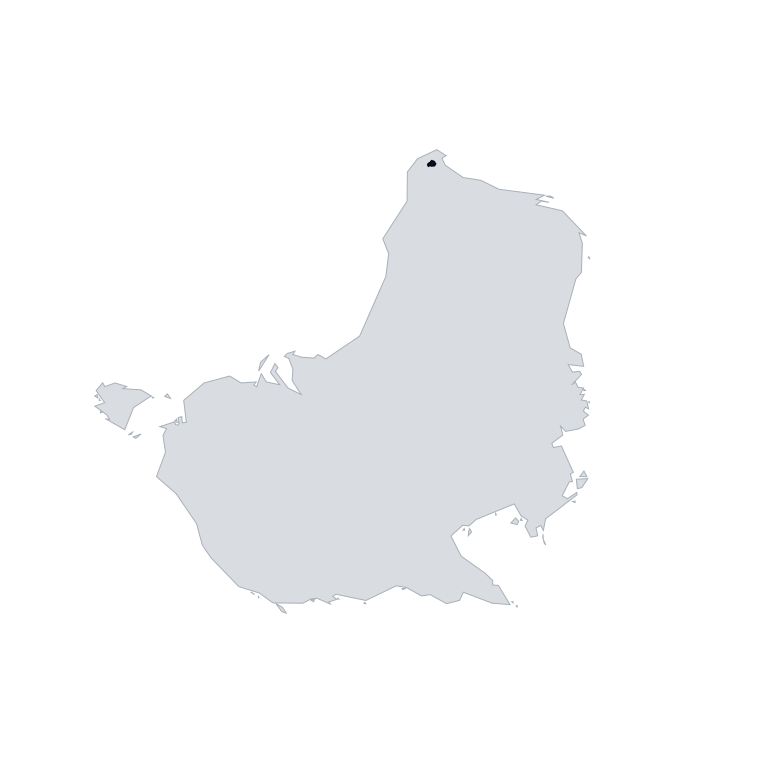 location of Bridgetown-Greenbushes, Western Australia, Australia, rotated 124°
{"feature_id": "25037944B12129239120455", "entity_name": "Bridgetown-Greenbushes", "entity_type": "district", "adm_level": 2, "iso_a3": "AUS", "parent_name": "Australia", "parent_adm1": "Western Australia", "projection": "mercator", "projection_center": [116.17, -33.991], "detail": "fine", "context": "in_parent", "style": "filled", "palette": "ink", "viewbox_px": 768, "rotation_deg": 124, "n_neighbors": 0, "source": "geoboundaries", "source_scale": "gbopen_adm2", "svg_char_len": 5115}
<svg xmlns="http://www.w3.org/2000/svg" viewBox="0 0 768 768"><g transform="rotate(124 384 384)"><path d="M505.2,171.7L512.3,201.8L521.1,200.3L531.1,209.3L532.8,227.9L538.7,234.4L540.2,251.9L544.5,261.0L573.6,278.0L585.2,306.3L588.5,307.8L589.0,302.7L595.4,307.9L596.4,305.4L599.1,319.9L602.9,324.2L611.2,328.8L627.6,353.7L627.0,370.5L633.1,391.0L624.9,430.1L619.1,444.6L604.6,461.3L591.2,494.9L588.0,520.8L562.8,527.0L550.3,538.4L542.5,539.4L544.7,546.0L532.4,536.4L534.2,534.2L533.4,531.9L531.1,531.8L527.0,535.9L524.1,533.4L529.0,529.5L526.2,526.5L509.6,540.9L483.7,533.7L463.7,516.4L463.0,503.0L453.7,491.1L457.6,491.5L457.5,488.0L444.1,491.5L448.1,482.7L442.9,470.0L438.0,484.5L428.1,485.9L429.7,481.1L434.3,481.0L441.0,461.3L439.1,446.6L432.5,462.0L422.6,467.9L416.0,477.3L416.9,482.1L413.0,481.4L406.6,476.2L410.6,476.1L407.7,466.9L401.6,456.5L396.5,455.2L395.7,446.2L357.8,431.0L293.8,442.6L273.3,453.0L264.3,466.2L219.5,467.1L195.1,483.2L178.6,482.2L160.2,471.3L160.0,460.3L164.4,462.2L168.4,455.6L168.6,433.9L161.0,417.6L158.3,397.6L137.8,356.6L145.8,361.0L141.1,348.7L144.4,355.9L150.4,358.1L140.7,333.0L148.1,298.9L149.5,306.9L156.5,298.2L181.0,282.8L189.5,283.7L233.5,269.1L250.0,249.8L249.0,237.2L257.7,228.3L264.9,242.2L268.8,234.5L264.1,229.0L265.5,225.6L279.8,227.9L275.3,226.5L278.2,221.1L275.7,216.3L283.3,215.6L280.6,212.1L286.9,211.5L284.7,206.4L290.2,200.6L290.7,204.1L295.0,203.6L295.5,197.1L301.8,199.4L305.9,194.1L312.7,197.8L321.7,206.9L320.1,214.2L326.3,207.2L339.3,211.8L341.9,207.9L336.2,202.3L351.4,177.6L354.4,179.2L359.6,173.1L361.4,175.7L377.0,173.8L376.6,167.8L366.1,163.5L367.8,162.0L405.4,174.6L416.3,170.0L413.7,174.9L418.3,177.5L423.9,171.7L428.9,176.6L422.9,187.6L416.4,188.6L416.7,196.5L410.6,209.0L444.8,231.9L454.2,234.2L457.1,239.7L472.6,243.5L483.6,223.6L484.3,194.8L486.1,184.1L489.9,181.5L487.0,176.6L496.4,156.1L505.2,171.7ZM524.1,570.4L543.7,578.4L566.9,573.4L568.5,595.6L566.9,591.6L564.6,596.4L564.1,611.3L555.7,605.2L550.5,619.0L540.3,617.9L542.3,614.0L533.5,607.5L530.0,595.9L533.9,597.9L524.7,582.1L524.1,570.4ZM348.5,162.1L359.3,162.1L362.6,165.2L355.4,171.3L348.5,162.1ZM423.9,495.7L443.3,495.2L435.0,498.5L423.9,495.7ZM426.0,194.9L428.3,201.1L421.4,200.0L422.5,195.7L426.0,194.9ZM626.5,350.8L626.0,343.2L628.7,336.9L629.8,341.4L626.5,350.8ZM561.4,557.5L567.9,559.4L568.1,562.4L561.4,557.5ZM347.4,163.9L351.2,169.9L344.3,169.6L347.4,163.9ZM517.0,558.9L513.3,558.1L515.3,552.9L517.0,558.9ZM462.6,229.3L459.3,231.2L456.0,232.2L457.6,228.7L462.6,229.3ZM137.8,354.9L135.1,351.2L134.9,347.8L135.3,347.6L137.8,354.9ZM566.7,565.3L569.2,567.4L564.4,565.7L566.7,565.3ZM601.5,320.8L604.0,320.8L604.0,324.1L601.5,320.8ZM541.0,251.6L544.0,253.5L543.5,254.6L541.0,251.6ZM555.5,613.4L555.8,617.1L553.3,615.9L555.5,613.4ZM630.9,373.4L631.1,377.7L630.8,377.6L630.9,373.4ZM376.0,161.8L374.2,160.2L375.4,159.3L376.0,161.8ZM426.4,162.1L423.7,165.2L426.9,159.9L426.4,162.1ZM631.3,368.4L630.0,369.8L630.8,368.3L631.3,368.4ZM430.3,218.4L428.8,219.1L429.7,217.6L430.3,218.4ZM420.7,194.7L418.8,195.1L419.9,193.1L420.7,194.7ZM165.4,283.0L164.8,285.6L163.9,285.4L165.4,283.0ZM493.2,154.6L493.1,156.8L492.4,155.2L493.2,154.6ZM531.2,533.0L531.7,534.6L531.0,534.2L531.2,533.0ZM423.1,166.1L419.5,168.2L423.2,165.5L423.1,166.1ZM285.0,203.4L283.7,204.8L284.5,203.1L285.0,203.4ZM556.9,610.7L555.7,611.4L556.4,610.0L556.9,610.7ZM461.0,236.7L459.0,236.7L460.1,235.4L461.0,236.7ZM277.7,214.5L276.7,215.4L276.7,213.4L277.7,214.5ZM566.4,602.9L564.7,603.9L565.2,601.9L566.4,602.9ZM494.5,149.0L494.2,150.4L493.2,149.7L494.5,149.0ZM530.2,535.2L531.9,536.8L529.1,536.3L530.2,535.2ZM577.1,277.9L575.8,278.0L576.3,276.3L577.1,277.9ZM587.9,302.5L587.2,302.5L587.7,301.2L587.9,302.5ZM524.9,567.7L524.5,569.1L524.0,567.4L524.9,567.7Z" fill="#d9dde1" stroke="#a8b0b8" stroke-width="1"/><path d="M174.7,464.2L173.5,464.2L173.5,464.4L173.4,464.4L173.4,464.5L173.1,464.5L172.9,464.5L172.6,464.5L172.4,464.5L172.3,465.0L172.3,465.5L172.3,465.9L172.3,466.0L172.0,466.0L171.9,466.1L172.0,466.2L171.9,466.2L171.9,466.3L172.0,466.3L172.0,466.5L172.0,466.9L171.8,466.9L171.6,466.9L171.6,467.4L172.0,467.4L172.0,467.5L172.0,468.7L172.3,468.7L172.4,469.0L172.4,469.3L172.4,469.5L172.6,469.5L172.6,469.4L172.8,469.4L172.8,469.5L173.9,469.5L174.0,469.5L174.2,469.4L174.5,469.4L174.5,469.5L174.5,469.4L174.6,469.5L174.7,469.4L174.8,469.4L175.1,469.4L175.3,469.4L175.3,469.5L175.6,469.7L175.6,469.9L175.4,469.9L175.4,470.1L175.5,470.1L175.9,470.1L176.1,470.1L176.1,470.3L176.2,470.5L177.4,470.5L177.4,470.4L177.4,469.8L177.6,469.8L177.8,469.8L178.2,469.8L178.2,469.7L178.0,469.3L178.5,469.3L178.5,469.1L178.5,468.9L178.4,468.9L178.4,468.7L177.9,468.6L177.6,468.6L177.4,468.6L177.3,468.3L177.0,468.3L176.9,468.3L176.7,468.3L176.7,468.2L176.8,468.0L176.8,467.9L176.7,467.8L176.7,467.7L176.8,467.7L176.9,467.3L176.8,467.0L176.8,466.9L176.7,466.9L176.5,466.7L176.4,466.7L176.4,466.4L176.2,466.4L176.2,466.0L175.9,466.0L175.8,465.9L175.7,465.9L175.6,465.6L175.4,465.6L175.2,465.7L174.9,465.7L174.8,465.3L174.9,465.2L174.7,465.2L174.7,464.9L174.7,464.5L174.7,464.2Z" fill="#0f172a" stroke="#020617" stroke-width="1.5"/></g></svg>